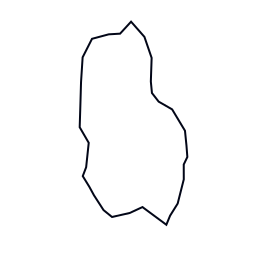 Mifi, Ouest, Cameroon (orthographic projection), rotated 257°
{"feature_id": "32672807B3469332008383", "entity_name": "Mifi", "entity_type": "district", "adm_level": 2, "iso_a3": "CMR", "parent_name": "Cameroon", "parent_adm1": "Ouest", "projection": "orthographic", "projection_center": [10.435, 5.537], "detail": "fine", "context": "isolated", "style": "outline", "palette": "ink", "viewbox_px": 256, "rotation_deg": 257, "n_neighbors": 0, "source": "geoboundaries", "source_scale": "gbopen_adm2", "svg_char_len": 534}
<svg xmlns="http://www.w3.org/2000/svg" viewBox="0 0 256 256"><g transform="rotate(257 128 128)"><path d="M25.1,143.6L33.1,149.3L43.2,159.4L65.4,170.8L79.9,174.1L86.4,179.3L97.6,181.0L112.5,182.9L136.2,175.2L146.8,163.8L156.7,159.2L168.1,160.7L191.0,166.8L213.1,164.5L230.9,154.9L221.7,141.5L223.6,130.3L223.0,113.0L207.1,99.7L183.4,92.6L180.0,91.7L160.1,86.5L139.6,81.1L122.4,86.4L99.2,78.4L91.3,73.1L79.4,77.1L70.1,79.7L53.5,85.7L44.9,92.4L44.8,110.5L47.7,124.3L25.1,143.6Z" fill="none" stroke="#020617" stroke-width="2"/></g></svg>